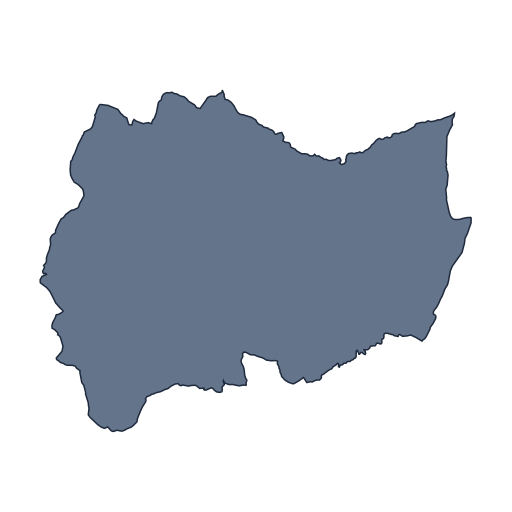 the district of Pulí, Cundinamarca, Colombia, rotated 357°
{"feature_id": "7082276B22739644455083", "entity_name": "Pulí", "entity_type": "district", "adm_level": 2, "iso_a3": "COL", "parent_name": "Colombia", "parent_adm1": "Cundinamarca", "projection": "albers", "projection_center": [-74.663, 4.689], "detail": "fine", "context": "isolated", "style": "filled", "palette": "slate", "viewbox_px": 512, "rotation_deg": 357, "n_neighbors": 0, "source": "geoboundaries", "source_scale": "gbopen_adm2", "svg_char_len": 6026}
<svg xmlns="http://www.w3.org/2000/svg" viewBox="0 0 512 512"><g transform="rotate(357 256 256)"><path d="M417.3,349.7L418.2,348.6L420.1,347.5L421.6,345.7L425.9,338.2L426.2,336.5L429.3,332.6L431.9,328.3L432.5,326.4L432.2,324.7L430.1,323.2L430.3,321.1L430.9,319.7L433.8,316.5L436.0,312.8L438.2,308.2L439.8,305.9L443.1,298.5L445.6,295.0L446.8,291.5L449.3,281.0L451.6,276.3L461.9,263.3L464.8,254.3L465.6,249.5L468.2,244.8L472.5,234.2L472.8,229.2L472.3,228.7L468.8,228.7L463.8,229.4L462.1,230.0L457.9,230.1L455.7,229.7L454.2,229.0L452.5,226.7L451.2,222.4L449.1,209.7L449.4,208.1L449.0,199.3L450.6,195.3L452.0,185.3L451.5,181.6L450.8,180.6L450.9,178.4L450.4,176.7L451.1,174.9L450.6,171.3L451.4,165.4L452.9,146.7L456.0,140.3L459.1,135.2L458.8,133.2L459.3,129.4L461.1,126.9L461.7,123.8L459.5,125.3L457.1,126.4L451.6,127.9L447.3,129.6L444.2,129.6L442.3,130.4L437.9,131.0L434.7,130.0L432.1,131.5L428.8,131.2L423.4,132.1L421.9,133.1L421.6,134.4L421.0,135.0L412.5,139.4L410.1,139.9L407.9,139.9L405.4,141.2L401.4,140.8L399.7,141.2L398.3,142.2L397.8,144.0L395.6,145.0L393.9,144.8L393.7,144.2L393.3,144.1L390.5,144.9L389.4,146.0L387.4,146.1L385.5,145.0L383.9,145.5L381.8,147.1L379.4,149.7L377.3,151.2L375.6,153.7L374.5,154.2L373.4,155.3L371.0,156.1L368.0,158.4L366.5,158.3L365.1,157.5L362.9,158.3L361.4,158.1L360.4,159.0L356.9,158.2L353.6,158.6L352.2,159.9L351.4,161.3L351.5,162.7L350.7,164.0L350.8,166.0L350.4,167.0L348.9,168.5L346.1,169.1L345.5,168.9L344.8,167.4L344.2,167.2L345.3,166.2L345.8,165.1L345.5,163.8L344.3,162.1L341.7,162.8L340.6,163.9L335.3,164.6L333.1,164.3L331.3,163.1L328.8,163.1L327.9,161.8L325.6,160.7L324.2,159.4L321.4,159.3L319.9,157.5L317.9,159.1L314.7,158.7L313.1,157.1L310.0,156.4L307.0,156.3L302.1,153.2L301.0,151.6L296.4,149.1L296.0,146.3L295.2,144.9L293.8,144.3L291.7,144.1L288.8,142.4L289.9,139.8L290.0,138.5L288.2,134.0L284.6,134.6L282.8,135.5L281.6,135.3L280.7,134.1L280.2,132.7L278.5,131.1L275.7,130.0L274.9,129.0L270.2,127.6L268.9,126.0L265.6,124.5L263.6,122.1L263.5,121.2L262.7,120.0L258.8,117.3L250.6,114.3L247.8,113.7L246.5,112.8L245.0,111.3L242.6,106.7L242.1,105.2L239.4,101.4L236.3,98.8L233.4,98.0L232.5,94.6L232.7,93.1L231.0,88.5L230.9,89.9L230.0,91.0L226.9,92.4L224.2,94.4L219.0,94.1L216.2,95.1L216.1,95.7L215.2,96.1L214.6,97.3L207.9,105.8L204.4,104.8L202.6,101.9L196.8,98.0L195.1,95.6L192.6,93.3L188.6,92.1L185.6,90.1L182.6,89.4L180.8,88.1L177.7,88.5L175.6,88.2L173.8,88.7L172.0,89.7L170.8,91.4L170.1,92.7L169.6,95.2L167.6,96.4L166.5,97.8L164.0,107.9L161.5,113.4L160.3,114.5L159.0,116.9L158.7,118.4L155.3,117.2L150.1,117.9L143.6,115.1L141.3,113.3L139.8,115.5L139.0,118.6L136.6,118.4L135.9,117.9L135.4,116.4L134.2,111.4L130.9,109.3L129.8,107.8L128.5,106.8L125.8,102.4L116.0,97.8L108.4,96.5L107.4,97.2L104.6,102.0L103.9,104.7L102.4,106.8L102.7,109.0L99.4,118.2L97.5,120.4L91.0,123.2L89.8,126.2L88.9,126.9L88.5,128.1L84.3,135.2L80.5,143.8L78.2,147.8L77.6,150.1L75.9,151.9L74.9,160.3L75.1,165.4L76.3,168.8L78.3,172.7L82.2,175.4L86.6,180.3L87.2,184.0L87.3,187.0L82.6,194.5L81.8,196.9L80.8,198.6L76.3,200.4L73.9,200.7L68.3,204.4L65.7,207.6L63.4,208.7L60.7,213.0L57.3,219.6L56.9,222.4L53.7,224.3L52.2,226.2L51.4,228.3L51.5,234.0L50.3,237.1L50.1,238.7L47.8,243.6L46.6,247.1L46.4,250.9L45.3,252.5L43.4,254.2L44.0,255.5L44.0,256.7L42.2,260.0L42.2,261.1L43.0,262.6L44.8,262.2L45.4,262.6L45.8,263.5L41.2,265.2L39.2,268.4L39.2,271.5L45.3,276.6L48.0,280.1L49.1,282.1L53.5,292.4L58.1,298.2L60.3,300.3L60.4,301.2L58.8,302.4L55.9,303.9L53.5,304.2L52.2,307.3L49.5,311.8L48.6,314.8L48.6,317.5L50.7,318.7L53.8,322.0L54.2,323.4L53.8,324.3L55.1,325.1L56.4,327.0L58.5,335.9L57.3,341.0L51.3,347.3L51.3,348.4L51.7,349.2L53.3,350.2L55.0,352.0L58.6,353.5L59.9,354.6L62.0,355.2L67.0,355.6L69.7,356.5L71.0,358.7L74.3,361.4L74.0,362.8L75.4,373.3L77.2,376.0L78.7,383.2L78.6,385.0L80.8,393.7L80.9,397.3L81.3,399.0L80.2,405.8L81.8,408.4L89.0,416.0L92.4,418.7L95.5,420.2L99.0,419.0L102.3,423.0L103.7,423.6L105.0,423.7L107.7,422.7L112.9,423.9L115.5,423.2L118.1,421.8L122.4,420.4L125.0,418.5L128.3,415.5L129.3,411.7L132.8,404.2L134.6,400.9L138.3,395.5L138.6,394.0L138.1,393.0L139.6,390.8L143.2,389.6L144.7,388.6L146.5,388.4L149.0,387.3L153.6,386.5L158.0,384.6L161.0,383.9L164.5,381.4L168.6,379.6L171.6,379.4L172.7,380.9L174.2,381.6L176.0,381.0L181.8,382.4L184.6,381.9L188.4,381.9L189.9,382.6L192.8,385.3L196.9,385.2L197.2,385.4L196.9,386.7L197.6,387.2L199.5,387.2L202.3,386.0L204.9,385.4L206.0,386.0L207.1,387.6L209.4,389.6L212.3,390.3L214.6,389.9L215.0,389.3L215.3,388.6L215.2,385.1L217.6,382.8L217.5,381.6L216.7,379.7L217.0,378.7L217.9,381.1L221.6,382.7L223.3,383.1L225.5,383.0L232.3,384.8L236.7,384.2L239.2,384.6L239.5,384.2L239.4,382.3L240.4,379.6L239.2,377.3L238.5,374.4L238.2,368.8L237.7,366.2L235.9,362.1L235.6,360.4L235.8,358.9L237.6,355.7L237.4,352.8L238.9,351.3L239.5,351.7L240.1,351.4L241.7,352.1L245.0,354.2L249.7,354.9L252.1,356.2L257.6,358.2L261.0,360.5L266.2,361.5L269.6,361.4L271.7,362.0L272.1,362.5L271.6,364.5L273.1,367.8L273.1,369.2L274.0,371.5L273.9,373.4L274.9,375.5L275.3,377.7L278.5,381.5L281.8,383.8L286.3,385.6L287.4,385.4L292.8,382.6L297.1,379.8L300.1,385.0L304.0,384.4L305.5,384.8L307.9,383.6L310.7,383.0L312.9,383.2L314.9,381.3L315.0,379.2L315.5,378.2L317.0,377.7L322.6,373.9L325.8,372.5L327.2,370.6L330.3,368.9L331.7,367.4L332.7,367.9L332.6,370.9L333.5,371.3L334.3,369.4L336.8,369.1L338.0,367.7L340.4,367.7L341.7,366.2L344.4,366.2L345.7,365.2L347.9,364.4L348.6,363.3L349.9,363.1L350.7,361.9L351.0,357.4L351.3,356.0L351.9,355.5L352.5,355.8L353.7,359.5L354.3,359.5L355.4,357.9L355.8,357.7L356.8,357.9L358.7,359.6L359.8,360.1L360.4,359.1L360.1,357.0L359.0,355.7L359.0,355.2L362.1,355.5L363.0,355.2L364.6,353.9L365.7,352.0L370.5,351.8L371.9,349.5L373.9,349.5L374.9,350.3L376.6,350.2L377.2,349.2L377.2,346.2L377.7,345.6L378.9,345.2L379.5,343.7L379.6,341.0L380.6,340.1L383.3,339.9L384.5,340.7L385.8,340.7L386.5,341.3L388.8,341.8L389.9,342.8L393.6,343.8L393.9,343.6L394.4,342.0L395.6,342.0L398.2,343.9L402.8,343.7L406.3,343.0L411.4,345.7L417.3,349.7Z" fill="#64748b" stroke="#1e293b" stroke-width="1.5"/></g></svg>